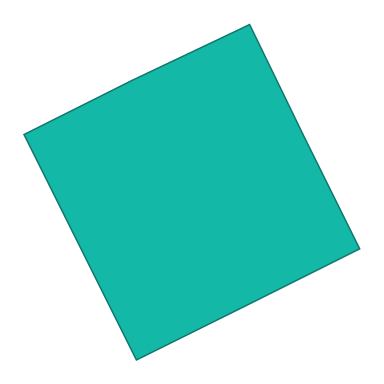 the district of Barry, Michigan, United States of America, rotated 154°
{"feature_id": "52423323B99535382147082", "entity_name": "Barry", "entity_type": "district", "adm_level": 2, "iso_a3": "USA", "parent_name": "United States of America", "parent_adm1": "Michigan", "projection": "orthographic", "projection_center": [-85.333, 42.595], "detail": "fine", "context": "isolated", "style": "filled", "palette": "teal", "viewbox_px": 384, "rotation_deg": 154, "n_neighbors": 0, "source": "geoboundaries", "source_scale": "gbopen_adm2", "svg_char_len": 271}
<svg xmlns="http://www.w3.org/2000/svg" viewBox="0 0 384 384"><g transform="rotate(154 192 192)"><path d="M315.6,65.4L191.1,66.2L66.2,67.4L67.0,192.3L66.8,317.3L72.5,317.3L196.9,318.6L317.8,317.3L315.6,65.4Z" fill="#14b8a6" stroke="#0f766e" stroke-width="1.5"/></g></svg>